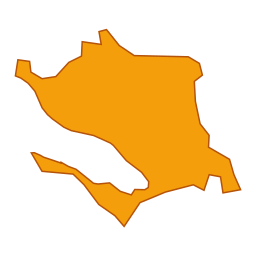 Gurlen, Khorezm, Uzbekistan
{"feature_id": "79887680B99792663535597", "entity_name": "Gurlen", "entity_type": "district", "adm_level": 2, "iso_a3": "UZB", "parent_name": "Uzbekistan", "parent_adm1": "Khorezm", "projection": "equal_earth", "projection_center": [60.261, 41.834], "detail": "fine", "context": "isolated", "style": "filled", "palette": "amber", "viewbox_px": 256, "rotation_deg": 0, "n_neighbors": 0, "source": "geoboundaries", "source_scale": "gbopen_adm2", "svg_char_len": 929}
<svg xmlns="http://www.w3.org/2000/svg" viewBox="0 0 256 256"><path d="M124.1,226.4L140.0,202.6L165.3,192.1L193.3,184.8L204.0,190.3L209.2,174.7L220.5,176.8L223.0,192.9L240.6,189.7L233.9,174.6L229.5,159.3L208.5,147.2L209.1,135.3L200.1,123.8L195.4,101.5L194.3,81.4L202.4,75.1L199.4,63.4L188.3,56.8L134.2,55.6L119.3,45.6L106.5,29.6L99.0,31.6L101.2,44.4L82.2,41.7L81.5,56.1L68.8,62.4L55.8,76.6L42.1,78.7L30.9,72.1L29.6,61.4L17.9,59.8L15.4,75.9L20.7,78.0L28.1,83.2L34.9,91.2L42.1,107.8L47.5,114.6L52.5,119.0L64.0,127.3L71.2,130.6L93.6,135.5L110.5,143.1L113.4,145.4L126.3,160.6L135.2,167.4L141.6,172.3L148.7,181.7L148.3,187.5L144.8,189.7L134.8,189.5L131.3,194.9L120.2,191.3L109.6,182.9L98.1,184.0L93.5,183.3L76.1,169.3L68.3,166.4L61.1,162.3L61.1,163.1L51.8,159.9L43.6,157.2L40.3,155.3L34.3,152.7L31.3,152.9L42.0,171.3L73.1,174.1L84.0,184.7L98.8,204.5L114.9,215.7L124.1,226.4Z" fill="#f59e0b" stroke="#b45309" stroke-width="1.5"/></svg>